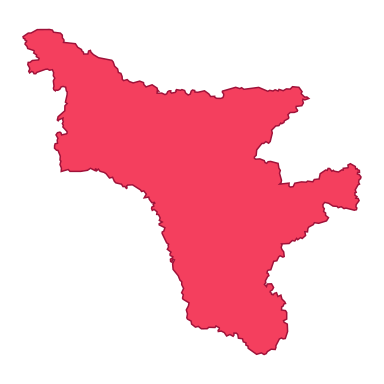 the border of Amur
{"feature_id": "RUS-2609", "entity_name": "Amur", "entity_type": "Region", "adm_level": 1, "iso_a3": "RUS", "parent_name": "Russia", "parent_adm1": "", "projection": "orthographic", "projection_center": [128.173, 52.947], "detail": "fine", "context": "isolated", "style": "filled", "palette": "rose", "viewbox_px": 384, "rotation_deg": 0, "n_neighbors": 0, "source": "natural_earth", "source_scale": "10m", "svg_char_len": 5852}
<svg xmlns="http://www.w3.org/2000/svg" viewBox="0 0 384 384"><path d="M95.1,170.6L90.5,168.3L87.5,170.3L80.6,171.4L70.0,171.4L68.2,169.5L61.2,171.5L61.4,168.0L60.0,164.6L60.9,161.1L60.0,160.0L60.3,156.1L58.0,150.4L56.5,150.2L54.5,148.2L54.6,145.5L55.2,143.7L57.5,143.3L57.2,140.2L57.9,138.2L56.0,134.9L57.5,132.7L59.9,132.1L61.0,132.9L61.6,134.9L66.6,133.8L67.1,133.1L67.0,131.5L62.9,127.0L63.3,125.2L62.3,123.6L63.3,121.8L62.7,119.8L63.0,118.1L59.2,119.6L58.2,120.8L57.3,120.0L58.1,116.7L64.8,110.8L64.9,105.8L67.2,103.5L65.4,102.2L67.1,94.7L67.2,91.9L66.3,90.8L65.7,87.2L63.1,86.4L61.2,86.9L59.8,89.2L57.8,90.3L56.0,90.1L55.4,90.9L53.8,89.7L53.4,88.2L54.0,86.2L53.3,80.9L54.8,78.1L53.3,75.8L53.6,72.6L52.4,69.7L49.5,70.2L47.6,69.1L45.5,69.3L36.8,72.4L35.8,73.7L34.0,73.7L33.1,72.0L31.7,71.4L29.6,72.9L28.7,71.2L29.7,69.3L29.5,67.6L27.8,64.7L28.2,62.4L30.1,62.3L32.3,60.5L38.6,59.9L39.1,58.3L36.3,56.6L36.6,54.9L33.7,53.0L34.1,52.3L34.0,50.6L27.7,48.5L27.1,46.5L25.0,44.1L25.5,42.5L26.5,41.9L26.6,40.8L25.0,40.1L24.8,38.7L23.5,38.4L23.0,36.7L28.2,33.1L31.1,33.0L37.3,29.6L49.7,29.5L52.4,30.1L53.5,32.2L60.4,33.1L62.3,35.1L62.4,38.0L63.8,39.6L64.0,41.0L63.5,42.4L75.4,43.7L77.7,47.3L81.5,49.5L81.7,50.7L83.4,52.2L83.7,54.0L87.9,54.0L88.6,51.0L90.4,50.4L91.0,52.2L93.4,54.6L98.5,57.7L111.8,60.3L113.2,62.0L114.6,66.2L117.6,68.9L118.4,72.5L120.9,73.4L122.1,76.5L122.3,79.3L123.6,80.6L127.2,79.6L129.4,81.6L133.2,82.9L139.7,81.1L143.5,82.6L143.8,84.5L146.0,86.9L152.1,84.8L157.1,88.1L157.4,89.7L158.6,91.1L157.2,91.1L157.1,93.2L161.8,93.1L165.0,94.6L166.7,93.8L167.7,91.7L169.2,90.8L170.8,90.8L170.6,92.3L171.6,93.1L175.2,92.4L176.2,91.2L175.9,90.4L176.5,89.6L180.5,90.3L181.9,89.6L184.6,90.5L185.6,93.0L188.2,95.0L190.3,94.0L191.2,91.1L192.5,90.0L194.7,90.5L194.9,92.0L197.7,92.3L204.5,90.8L208.8,93.9L210.6,96.5L214.7,96.3L214.8,97.3L216.5,98.3L220.7,98.4L222.8,97.7L223.6,95.9L223.7,94.1L222.3,92.0L222.5,91.1L235.7,87.3L239.8,88.6L241.6,87.7L243.9,89.3L258.7,87.4L267.9,91.3L269.7,90.3L273.0,91.0L275.1,89.8L278.1,91.0L279.0,89.4L283.2,90.7L286.3,88.9L290.2,89.1L292.5,86.7L298.9,87.3L302.1,91.7L301.2,93.2L301.5,94.1L304.7,97.1L306.9,97.0L308.8,98.5L304.8,99.9L303.0,99.2L302.6,100.5L303.4,102.9L301.8,105.7L296.2,106.4L296.0,108.0L297.6,110.4L297.2,111.3L294.4,112.4L290.1,112.5L287.9,114.7L288.8,117.4L288.5,118.5L284.4,120.8L283.9,122.5L281.7,123.7L280.7,123.1L278.9,125.6L275.7,126.0L271.6,130.2L272.3,133.0L270.2,141.5L268.6,143.2L265.9,141.6L263.8,143.4L261.8,143.5L256.7,149.9L256.2,155.3L254.4,157.0L254.4,158.2L255.6,159.2L259.9,158.9L264.2,160.6L265.1,162.6L266.6,163.3L268.1,161.7L270.6,161.4L278.1,163.4L278.9,168.2L280.3,170.4L279.5,173.2L281.5,180.3L281.1,182.5L279.6,184.1L289.1,183.1L288.9,185.9L290.3,187.1L293.2,186.6L294.8,183.2L301.4,181.9L306.3,182.2L307.6,181.1L312.8,181.8L314.3,179.5L319.1,179.0L320.2,173.7L325.7,170.0L327.2,170.4L328.1,168.4L329.7,168.5L331.9,171.2L333.4,170.3L334.2,171.2L338.5,172.0L341.7,169.9L343.1,170.1L343.2,168.3L347.9,167.8L348.3,167.1L347.9,165.0L350.4,163.7L355.3,166.5L355.7,168.9L357.1,168.6L357.5,169.6L359.4,170.4L359.5,172.5L357.6,172.3L357.4,174.0L359.4,174.8L361.0,177.0L360.5,178.7L359.0,179.9L358.6,182.3L359.5,184.1L358.0,184.9L355.2,189.9L356.2,192.4L354.9,192.8L355.0,195.3L357.0,196.6L355.9,198.2L358.2,198.5L359.1,200.6L356.2,204.6L355.9,206.9L356.9,208.0L356.4,209.7L354.3,210.2L346.0,208.1L344.0,208.6L341.2,206.7L338.2,207.7L337.1,206.4L333.0,206.1L328.7,203.3L324.7,202.4L322.9,204.6L323.1,207.2L324.3,208.6L323.6,211.5L325.6,213.0L325.6,215.4L328.5,217.7L326.5,220.9L318.7,223.3L314.4,222.7L313.3,224.6L308.7,227.1L307.9,228.4L307.5,231.9L304.8,231.7L305.6,235.5L302.2,238.5L300.6,237.6L297.7,239.7L296.6,238.4L294.8,241.0L292.3,240.5L289.1,243.5L281.5,243.9L282.0,244.9L281.2,247.3L281.8,249.3L283.7,251.9L284.2,256.5L282.9,257.1L280.1,255.8L278.7,256.9L276.8,260.8L273.7,261.3L270.8,269.8L268.1,270.2L267.3,271.2L267.0,273.0L268.1,273.5L268.9,275.7L267.7,276.5L265.4,280.9L265.8,282.5L264.4,284.4L266.5,286.6L267.2,284.0L271.5,283.8L273.6,287.5L272.3,289.9L270.2,291.3L270.2,292.3L271.7,293.4L271.6,294.4L273.2,294.8L274.3,293.4L276.5,292.7L277.9,296.5L280.9,295.1L281.9,299.0L284.8,301.9L285.5,303.5L284.1,303.8L283.0,306.2L281.7,306.9L281.5,310.0L285.5,310.6L286.7,312.5L286.7,319.1L283.5,320.7L284.1,322.3L287.3,324.1L287.6,331.5L285.3,338.5L283.1,338.9L281.5,338.0L279.4,338.9L275.8,345.9L276.0,347.3L275.2,349.5L271.2,349.2L267.4,351.6L266.2,353.6L264.1,354.5L261.4,352.9L256.6,354.3L248.2,348.3L248.0,346.1L245.9,345.1L245.9,342.8L243.3,341.8L242.5,338.8L238.4,338.2L237.8,334.6L236.5,333.2L234.0,333.1L233.9,335.2L233.1,336.3L229.9,334.5L226.6,336.0L224.3,332.6L221.3,331.1L218.3,331.5L218.1,330.3L219.3,329.1L219.3,327.8L216.0,326.0L215.0,327.5L208.8,327.3L207.2,328.7L201.4,328.8L198.3,326.4L195.4,327.1L191.6,324.1L191.1,321.1L187.5,319.1L186.8,317.8L187.5,313.9L186.3,309.9L188.4,305.9L189.0,302.8L183.1,299.3L182.5,298.1L183.3,294.7L181.6,292.8L183.6,288.4L181.7,284.6L181.7,281.7L180.0,280.2L178.2,275.7L173.1,269.4L172.6,263.8L174.5,259.9L172.9,259.2L171.7,262.1L170.6,261.5L170.4,259.2L172.5,257.8L172.8,256.7L170.2,255.5L170.0,254.0L171.0,252.1L167.3,249.3L168.5,247.1L168.1,245.1L168.6,244.2L166.7,242.9L162.1,233.4L162.2,232.0L163.8,231.1L164.9,227.7L159.2,224.9L159.1,223.8L162.2,222.0L159.3,220.4L160.2,218.0L158.5,214.6L156.7,214.4L157.1,211.9L154.1,209.4L152.3,210.4L151.6,208.7L151.8,207.1L153.8,206.1L153.1,204.2L154.8,203.2L154.4,202.4L151.8,202.7L149.3,199.3L148.7,197.1L144.2,197.8L146.3,194.1L143.8,190.9L141.5,191.5L140.5,189.9L132.5,184.8L127.7,185.1L126.7,185.9L127.0,188.0L126.4,188.4L124.9,186.5L123.0,186.6L121.5,184.2L115.9,182.9L114.4,181.4L112.6,177.3L109.5,178.0L106.2,173.8L104.1,172.4L100.1,171.3L98.3,169.1L96.5,170.9L96.0,170.6L96.7,169.9L96.4,169.3L95.5,169.0L95.1,170.6Z" fill="#f43f5e" stroke="#9f1239" stroke-width="1.5"/></svg>